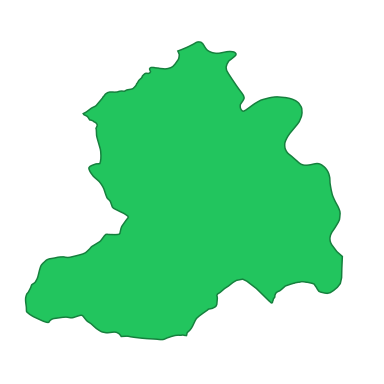 the district of Deorali, Geylegphug, Bhutan, rotated 275°
{"feature_id": "84629894B5669247756527", "entity_name": "Deorali", "entity_type": "district", "adm_level": 2, "iso_a3": "BTN", "parent_name": "Bhutan", "parent_adm1": "Geylegphug", "projection": "equal_earth", "projection_center": [89.877, 26.79], "detail": "fine", "context": "isolated", "style": "filled", "palette": "green", "viewbox_px": 384, "rotation_deg": 275, "n_neighbors": 0, "source": "geoboundaries", "source_scale": "gbopen_adm2", "svg_char_len": 5917}
<svg xmlns="http://www.w3.org/2000/svg" viewBox="0 0 384 384"><g transform="rotate(275 192 192)"><path d="M260.6,76.8L259.6,77.6L258.5,80.5L257.6,81.7L254.9,83.8L254.8,85.1L254.3,87.0L253.5,88.1L252.7,90.1L250.9,91.7L249.5,91.7L247.0,90.8L246.3,91.1L245.3,91.3L240.1,92.0L238.1,92.6L236.2,93.3L228.4,96.3L226.5,97.0L224.5,97.5L220.3,98.1L217.1,98.3L214.1,98.1L212.3,97.7L212.0,96.7L211.8,94.8L211.5,93.6L210.0,90.4L209.4,89.4L208.8,88.4L208.0,87.7L207.1,87.2L206.1,87.3L204.2,88.2L202.4,89.4L199.1,92.3L197.7,94.1L195.7,96.9L194.3,98.7L192.7,100.2L191.0,101.6L189.3,102.8L187.5,103.9L181.7,106.4L178.9,107.8L178.1,108.5L176.7,110.3L175.9,111.1L175.0,111.7L170.2,113.9L169.4,114.7L168.8,115.6L167.9,117.8L166.1,122.3L164.9,125.6L164.4,126.7L163.3,128.7L162.2,130.4L161.3,130.7L160.4,130.3L157.6,128.5L152.1,125.3L151.2,124.9L149.2,124.4L144.6,123.8L143.7,123.3L143.4,122.4L143.1,121.2L142.8,118.8L142.4,112.5L142.5,111.2L142.3,110.0L141.6,109.3L140.8,108.6L135.3,105.2L134.5,104.4L133.8,103.5L130.4,98.9L129.1,97.1L128.3,96.3L126.5,95.1L124.0,92.9L122.4,91.4L121.8,90.5L120.7,88.5L119.4,85.1L118.2,81.7L116.3,76.0L116.1,74.9L115.9,73.7L116.0,71.2L116.2,70.0L116.1,68.8L115.8,66.4L115.3,64.0L114.2,60.6L113.0,55.8L112.5,54.7L112.0,53.7L111.4,52.8L108.1,49.8L106.4,48.5L105.4,48.0L104.5,47.7L101.4,47.0L94.4,45.9L92.4,45.4L91.4,45.0L88.5,43.7L87.7,43.0L86.3,41.2L85.6,40.4L84.6,40.1L82.6,39.6L80.6,38.8L77.8,37.6L76.0,36.3L74.0,35.8L72.0,35.5L69.9,35.6L67.9,35.9L62.9,37.0L58.8,37.5L58.0,38.0L56.0,40.9L54.9,43.0L53.9,45.1L51.1,52.9L50.3,55.2L49.7,57.7L49.5,58.9L49.5,60.1L50.0,60.9L51.4,61.6L52.2,62.4L52.9,63.3L53.5,64.3L53.9,65.4L55.8,73.7L56.4,77.2L56.4,78.5L56.1,82.1L56.2,83.3L56.5,84.5L58.4,88.9L59.3,91.2L59.6,92.4L59.4,93.5L58.8,94.3L55.5,97.4L54.0,99.1L53.5,100.1L52.4,102.2L51.8,103.2L49.7,105.9L47.7,108.6L46.0,111.7L45.0,113.8L44.7,115.0L44.3,118.6L44.4,120.3L45.6,126.0L45.7,127.0L45.7,128.2L45.5,129.4L45.0,130.5L44.5,131.6L43.8,132.5L41.9,134.1L42.6,138.9L42.7,140.1L42.7,141.3L42.4,143.7L42.2,147.4L42.0,154.7L42.0,159.6L42.3,169.4L42.2,173.1L42.3,174.3L42.4,175.5L42.7,176.6L43.2,177.7L44.4,179.8L46.3,184.1L47.5,187.4L47.8,188.6L48.2,190.9L48.2,191.9L48.3,193.4L48.7,194.9L48.7,196.0L48.5,197.1L48.5,199.0L49.4,199.2L50.4,199.2L51.3,199.5L52.1,200.0L53.7,201.5L54.6,202.2L56.4,203.3L58.3,204.2L64.2,206.4L66.1,207.3L66.9,207.9L69.3,210.2L72.3,213.6L75.9,217.9L76.7,218.5L77.8,222.3L79.4,224.9L80.6,226.0L82.3,226.5L88.4,226.5L89.9,226.2L90.9,225.7L92.6,226.3L94.0,228.2L94.8,229.1L98.7,232.9L99.4,233.8L100.8,235.6L101.5,236.5L105.3,240.5L106.0,241.4L107.9,244.1L109.6,250.1L108.0,254.3L101.5,264.5L90.0,278.5L89.4,279.4L88.4,280.7L88.8,281.7L90.3,281.9L91.1,282.2L93.0,282.5L93.7,283.2L94.5,283.6L96.4,283.6L98.2,284.2L99.0,284.7L99.7,285.4L100.4,286.4L100.8,287.3L101.4,288.2L102.8,289.7L106.5,293.2L108.7,298.1L109.9,301.1L110.2,302.2L110.7,303.0L110.9,304.1L111.4,305.7L111.5,306.8L112.2,308.8L112.3,309.8L112.3,311.5L112.1,313.6L112.1,315.2L111.5,319.6L110.9,321.7L108.6,323.5L108.0,324.1L105.9,325.5L104.1,327.1L103.5,328.9L102.9,333.0L102.8,335.5L103.8,338.5L106.3,341.7L109.7,345.1L113.7,347.7L119.6,348.5L129.2,347.9L140.9,347.4L145.0,341.8L145.8,341.0L151.5,335.9L153.3,334.7L155.2,333.9L157.2,333.5L158.2,333.4L159.3,333.5L161.3,333.8L164.2,334.9L168.8,337.5L171.6,338.9L174.5,340.3L176.4,341.0L177.4,341.3L179.4,341.4L183.5,341.4L185.5,341.0L186.5,340.6L188.4,339.7L190.2,338.7L194.7,335.7L197.4,334.1L200.2,332.6L202.1,331.8L206.1,330.5L209.0,329.7L213.0,328.7L218.1,328.0L220.1,327.4L222.0,326.7L223.9,325.7L225.6,324.5L227.3,323.0L228.0,322.2L228.7,321.3L230.0,319.3L230.5,318.3L230.9,317.2L231.2,316.0L231.3,314.8L231.2,313.6L230.6,311.2L229.5,307.8L229.2,306.6L228.7,304.2L228.6,303.0L228.5,301.8L228.6,300.6L228.9,299.3L229.2,298.2L229.7,297.2L230.3,296.2L236.4,287.9L238.3,285.0L239.0,284.1L239.8,283.3L241.5,282.0L243.4,281.0L244.3,280.7L246.4,280.3L248.4,280.2L249.4,280.3L251.4,280.8L254.3,281.9L256.2,282.8L259.0,284.4L268.7,291.1L271.4,292.7L276.4,294.3L277.4,294.5L280.4,294.7L284.5,294.1L285.4,293.8L286.4,293.3L289.0,291.3L289.8,290.6L290.5,289.7L291.7,287.8L292.2,286.7L293.0,284.4L293.3,283.3L293.8,280.9L294.2,277.2L294.2,269.9L294.2,268.7L293.9,266.3L293.1,262.7L292.4,260.4L290.4,254.8L289.5,252.6L287.6,249.7L285.6,246.9L284.2,245.2L280.5,241.0L278.2,238.3L277.6,237.3L277.0,236.4L277.0,235.4L277.5,234.6L278.3,233.8L279.2,233.2L280.2,232.8L281.1,232.6L282.2,232.5L283.2,232.5L284.1,232.9L286.9,234.5L288.8,235.4L289.8,235.7L290.8,235.6L292.7,234.8L295.2,232.8L297.7,230.5L301.8,227.0L308.6,221.5L312.8,218.2L315.5,216.3L316.4,215.8L318.4,215.3L319.4,215.1L322.4,215.7L325.3,217.0L326.1,217.6L327.6,219.3L330.7,222.5L331.5,223.2L332.4,223.8L333.4,223.8L334.2,223.2L334.9,222.2L335.2,221.1L335.3,219.8L335.3,217.4L334.9,215.0L334.6,213.8L332.6,206.9L332.3,204.5L332.3,203.2L332.5,200.8L332.7,199.6L333.4,197.3L333.9,196.2L334.4,195.2L335.1,194.3L335.9,193.5L337.6,192.1L340.2,190.2L341.0,189.4L342.0,187.8L342.1,186.6L342.1,185.3L341.8,184.1L341.3,183.1L339.3,180.3L335.7,174.4L333.0,169.3L331.2,165.6L329.4,166.6L327.7,167.4L325.0,167.3L323.0,166.9L318.0,164.0L315.5,162.1L314.3,160.5L313.8,159.5L313.0,157.5L312.7,156.5L312.5,155.4L312.2,154.4L312.3,153.3L312.3,148.9L312.5,147.8L312.5,144.4L312.7,143.5L312.6,141.2L312.4,140.2L311.8,139.4L310.9,139.0L310.0,139.3L308.3,140.2L307.4,139.9L306.7,139.2L306.3,138.2L306.3,135.9L305.9,134.9L305.2,134.2L304.5,133.5L302.9,132.3L302.1,132.3L301.3,131.8L299.1,129.8L298.3,129.2L295.7,128.0L294.9,127.4L294.0,127.2L293.1,126.8L291.5,125.6L290.0,124.3L289.5,123.4L289.1,122.4L288.3,119.2L287.9,118.0L286.5,115.9L286.4,114.4L286.5,113.3L286.1,111.3L285.7,110.1L285.2,109.1L285.0,108.1L284.7,106.1L284.7,104.1L284.4,101.3L283.6,99.2L282.0,97.2L279.4,95.6L278.8,95.0L277.9,94.7L277.0,94.1L269.9,89.1L269.1,88.3L267.3,85.3L266.7,84.4L262.9,80.2L262.2,79.3L260.6,76.8Z" fill="#22c55e" stroke="#15803d" stroke-width="1.5"/></g></svg>